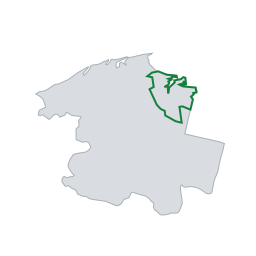 location of Estuaire within Gabon, rotated 103°
{"feature_id": "GAB-2168", "entity_name": "Estuaire", "entity_type": "Province", "adm_level": 1, "iso_a3": "GAB", "parent_name": "Gabon", "parent_adm1": "", "projection": "natural_earth1", "projection_center": [9.925, 0.242], "detail": "coarse", "context": "in_parent", "style": "outline", "palette": "green", "viewbox_px": 256, "rotation_deg": 103, "n_neighbors": 0, "source": "natural_earth", "source_scale": "10m", "svg_char_len": 3793}
<svg xmlns="http://www.w3.org/2000/svg" viewBox="0 0 256 256"><g transform="rotate(103 128 128)"><path d="M174.1,34.9L174.0,37.1L171.8,42.5L170.8,46.6L170.6,51.0L171.2,54.5L172.2,57.1L172.9,59.8L172.4,61.7L171.3,62.6L172.0,63.5L173.6,63.8L176.3,62.9L180.4,61.5L185.7,59.3L189.3,58.2L195.1,58.9L198.2,59.7L199.8,61.2L201.5,67.5L202.4,68.5L203.8,71.2L204.9,74.4L205.2,76.1L205.1,77.2L203.9,79.0L202.5,81.6L202.1,83.1L201.0,84.3L199.6,85.4L195.7,85.9L195.1,86.5L194.0,89.3L191.9,91.6L191.0,93.8L190.2,96.7L190.3,100.3L189.9,105.5L189.5,109.1L190.5,110.3L195.2,111.2L196.1,111.9L197.3,114.0L198.9,116.1L203.2,117.4L204.8,119.0L206.1,120.7L206.3,122.1L205.4,127.7L204.4,133.2L204.8,137.3L205.1,141.3L205.6,147.0L205.4,150.5L204.2,152.7L204.2,154.3L204.7,156.4L203.7,162.0L203.0,162.9L201.1,164.0L200.1,165.5L199.8,167.8L198.7,171.1L197.7,172.2L197.7,173.7L198.7,174.8L198.7,176.5L196.8,178.5L195.6,180.1L193.1,180.8L190.2,180.0L189.5,178.9L190.2,177.2L190.0,175.8L189.0,174.3L187.4,170.5L186.1,169.8L185.3,171.3L182.9,174.2L178.8,177.8L175.8,178.1L170.5,177.0L165.9,175.2L163.8,170.9L162.5,167.4L160.6,163.3L158.4,161.3L156.1,160.1L155.1,160.0L151.8,162.3L150.8,163.2L150.8,165.1L151.1,166.9L151.6,167.8L152.0,168.9L151.9,170.7L151.4,173.1L151.2,175.8L140.8,178.4L139.0,177.4L137.7,176.2L136.1,176.4L131.6,177.8L130.0,176.8L128.4,176.2L127.6,176.7L127.5,177.9L128.3,184.1L128.1,186.5L127.0,189.6L126.5,191.7L129.3,192.2L130.3,193.2L131.2,194.8L132.5,196.2L132.6,197.1L131.1,198.8L130.6,200.8L131.3,202.3L133.2,204.0L135.9,205.7L137.3,206.8L137.1,207.8L135.9,210.0L135.4,211.8L134.5,213.4L134.7,215.0L135.9,216.4L135.8,217.7L134.9,218.6L133.2,218.4L131.8,218.6L130.5,218.2L126.5,213.2L125.6,213.1L119.7,216.9L118.3,218.4L117.1,220.7L115.5,225.5L112.8,222.7L110.5,217.5L107.8,214.4L102.2,209.3L100.7,205.5L94.3,197.2L85.0,188.9L78.3,181.7L77.3,180.1L78.4,180.3L84.9,183.9L85.8,183.5L86.5,182.7L83.7,180.8L81.1,179.3L78.6,178.4L76.1,178.4L74.7,176.9L73.8,174.6L73.3,172.6L72.2,170.6L68.6,166.3L67.8,164.6L65.8,162.4L67.0,162.1L70.8,164.2L71.2,163.4L70.8,162.1L67.0,160.1L64.9,159.9L64.5,158.5L64.7,156.8L62.0,150.6L59.2,145.9L58.7,143.7L66.4,153.9L67.4,154.0L68.7,154.0L71.9,152.8L71.3,151.5L69.9,150.0L68.5,150.7L66.7,150.8L65.8,150.2L65.3,149.2L67.1,144.2L66.3,144.5L65.8,145.4L64.8,145.8L63.3,146.0L59.5,143.4L56.2,136.3L55.3,134.8L54.4,132.4L53.5,131.3L49.7,121.2L51.1,122.0L52.9,124.9L56.3,124.3L57.6,122.6L58.8,122.7L59.9,122.3L61.4,120.7L65.8,113.7L66.9,104.5L66.5,99.1L65.9,93.6L67.4,91.9L67.9,93.0L68.2,95.0L68.9,96.4L70.4,97.7L73.3,98.0L77.7,100.0L79.3,101.3L79.8,98.7L84.9,96.6L83.3,95.8L78.8,96.6L72.5,93.4L70.5,91.3L68.5,87.4L66.5,85.4L66.7,83.5L71.2,81.8L72.3,82.0L72.8,84.0L74.0,84.9L74.5,84.6L74.7,82.9L74.7,78.2L73.3,71.6L73.7,70.3L75.0,69.9L76.1,69.0L76.8,68.8L78.4,69.0L79.1,70.5L79.5,71.4L81.1,71.8L82.3,72.6L83.4,72.4L84.3,71.4L85.6,71.2L89.7,71.2L93.4,71.2L100.8,71.3L108.1,71.3L115.5,71.3L121.0,71.3L121.0,67.5L121.0,61.7L121.0,54.7L120.9,48.1L120.9,42.0L120.9,34.7L121.2,32.6L121.5,31.8L121.4,30.6L127.1,30.5L137.4,31.0L141.9,30.9L143.2,31.0L148.8,30.7L153.4,31.1L155.4,31.6L157.1,31.9L162.6,32.2L169.7,31.8L172.1,31.9L173.5,32.9L174.1,34.9Z" fill="#d9dde1" stroke="#a8b0b8" stroke-width="1"/><path d="M85.6,71.2L96.1,71.3L94.7,79.7L95.8,82.6L110.8,76.9L110.7,83.1L107.4,94.5L103.0,96.1L102.2,100.2L99.0,105.1L85.4,115.7L82.2,112.2L73.1,115.8L73.2,120.8L68.6,117.0L66.0,111.2L67.4,102.2L66.1,92.5L67.7,91.7L67.5,97.0L69.2,96.2L71.0,99.6L71.4,96.8L73.6,99.2L74.8,97.9L77.0,98.5L79.8,101.9L78.3,98.7L85.5,96.6L79.2,97.0L73.1,92.7L71.2,93.6L68.5,87.4L66.0,85.6L66.1,83.4L72.3,81.3L72.9,83.2L70.7,83.3L70.3,83.9L72.5,85.0L73.3,83.9L73.3,86.7L74.2,88.0L75.1,83.9L73.4,71.2L77.9,69.4L79.2,72.3L80.3,71.5L83.3,73.7L85.6,71.2Z" fill="none" stroke="#15803d" stroke-width="2"/></g></svg>